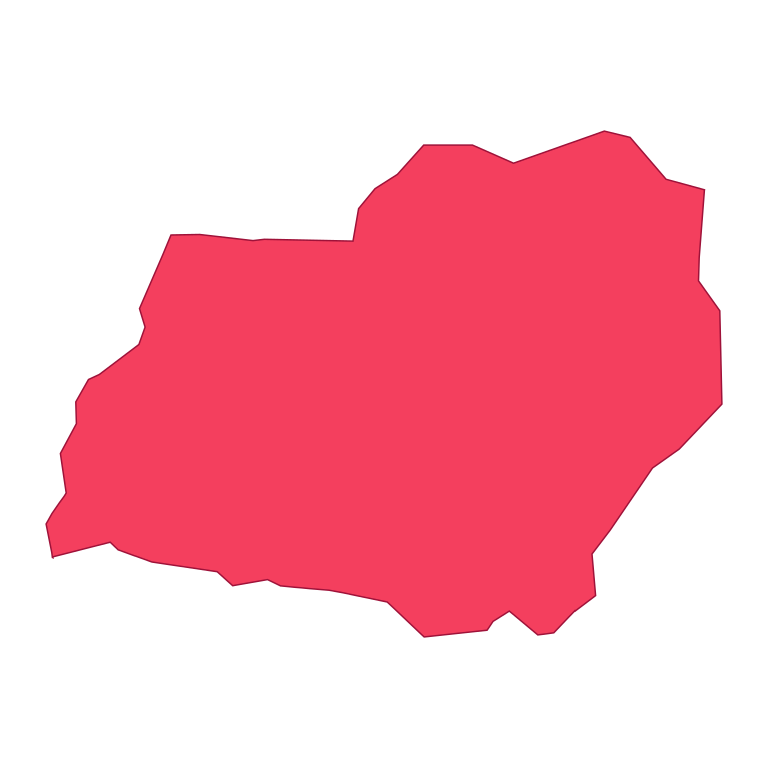 Batsu'mber, Töv, Mongolia (Mercator projection)
{"feature_id": "93677404B9757531437385", "entity_name": "Batsu'mber", "entity_type": "district", "adm_level": 2, "iso_a3": "MNG", "parent_name": "Mongolia", "parent_adm1": "Töv", "projection": "mercator", "projection_center": [106.756, 48.416], "detail": "fine", "context": "isolated", "style": "filled", "palette": "rose", "viewbox_px": 768, "rotation_deg": 0, "n_neighbors": 0, "source": "geoboundaries", "source_scale": "gbopen_adm2", "svg_char_len": 1339}
<svg xmlns="http://www.w3.org/2000/svg" viewBox="0 0 768 768"><path d="M704.5,189.8L666.1,179.3L630.1,137.4L604.3,131.1L585.2,137.9L568.7,143.7L513.5,163.2L472.5,145.1L423.7,145.1L397.4,174.4L375.1,188.6L358.6,208.6L353.0,241.1L264.4,239.3L253.0,240.6L199.7,234.5L171.0,235.0L163.0,254.3L139.5,308.6L145.1,327.1L138.9,344.5L99.3,374.5L88.5,379.5L75.8,401.9L76.4,423.7L60.4,453.5L66.2,493.0L64.1,496.4L59.6,502.5L52.0,513.5L46.1,524.0L48.3,535.1L51.8,552.7L52.4,557.5L52.9,557.7L52.7,556.9L53.0,556.8L92.1,546.8L110.2,542.2L115.2,547.0L116.4,548.1L118.1,549.8L134.8,555.9L135.6,556.1L151.6,561.9L152.0,562.0L168.0,564.4L178.8,566.0L217.2,571.7L225.5,579.2L225.7,579.4L232.7,585.7L232.9,585.7L234.3,585.4L251.5,582.4L254.4,581.9L267.5,579.6L268.2,579.9L276.9,584.1L280.6,585.9L281.0,585.9L295.2,587.3L301.4,587.8L309.5,588.6L328.9,590.2L343.2,592.8L357.8,595.9L387.2,602.0L393.1,607.5L421.1,634.1L424.1,636.9L424.6,636.9L447.8,634.4L487.1,630.2L489.6,626.5L491.6,623.5L493.0,621.4L507.4,612.3L508.5,611.6L508.9,611.4L509.3,611.1L512.1,613.4L537.8,634.9L545.1,634.0L546.6,633.8L553.8,632.8L568.8,617.0L572.2,613.5L574.8,610.8L574.9,611.1L575.0,611.2L595.6,595.6L592.0,554.0L610.1,530.2L652.5,468.0L679.3,449.0L721.9,404.1L719.8,310.8L698.5,280.9L699.2,257.7L704.4,190.3L704.5,189.8Z" fill="#f43f5e" stroke="#9f1239" stroke-width="1.5"/></svg>